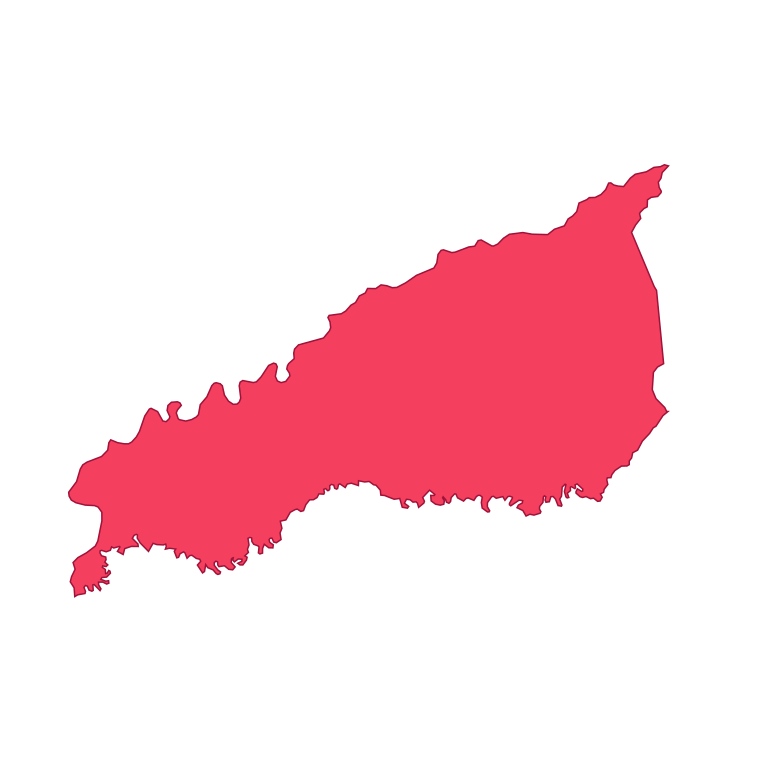 outline of Villanueva, Casanare, Colombia, rotated 103°
{"feature_id": "7082276B89877473443630", "entity_name": "Villanueva", "entity_type": "district", "adm_level": 2, "iso_a3": "COL", "parent_name": "Colombia", "parent_adm1": "Casanare", "projection": "mercator", "projection_center": [-72.768, 4.503], "detail": "fine", "context": "isolated", "style": "filled", "palette": "rose", "viewbox_px": 768, "rotation_deg": 103, "n_neighbors": 0, "source": "geoboundaries", "source_scale": "gbopen_adm2", "svg_char_len": 6171}
<svg xmlns="http://www.w3.org/2000/svg" viewBox="0 0 768 768"><g transform="rotate(103 384 384)"><path d="M365.1,476.1L370.1,479.0L374.2,478.9L379.5,477.2L385.6,481.5L388.1,482.2L391.3,482.1L394.6,478.7L397.3,477.5L403.6,480.3L405.8,484.6L405.0,488.6L401.0,491.6L391.2,491.9L388.7,493.8L388.5,496.3L391.9,500.6L404.6,505.3L410.6,508.8L412.0,511.7L412.4,522.4L414.6,524.6L418.2,524.7L430.0,520.4L434.0,520.9L436.6,522.6L437.7,526.4L435.7,531.7L430.7,537.0L422.1,541.1L420.6,543.6L420.5,547.8L421.5,549.7L424.4,551.4L436.4,553.7L445.5,558.4L455.6,557.9L458.4,559.5L461.9,563.4L464.7,568.8L464.8,575.3L464.0,576.8L458.9,579.9L455.7,579.4L450.4,576.7L448.3,578.6L447.8,581.3L449.6,587.0L453.5,589.7L458.6,589.4L464.0,585.3L466.2,585.5L469.7,587.8L469.8,591.2L461.8,598.4L460.1,605.5L461.2,607.0L469.0,609.9L485.2,611.6L491.3,613.4L497.2,616.7L499.7,619.4L500.7,623.5L501.1,630.3L499.9,637.7L503.1,638.9L510.6,638.3L518.2,642.9L526.9,655.8L530.5,659.3L535.2,660.8L548.3,661.6L560.4,666.9L564.1,665.6L567.4,662.6L569.0,657.5L569.2,647.9L567.6,638.6L568.2,634.9L572.4,630.1L580.8,628.1L601.3,627.5L606.8,628.8L615.4,635.9L622.0,643.2L627.9,646.8L634.0,643.3L642.0,645.1L647.3,645.2L652.3,640.1L660.7,637.5L658.3,635.0L655.4,628.2L653.2,628.2L649.7,630.6L647.5,629.6L647.7,627.6L651.2,625.0L651.6,622.0L650.5,620.9L645.2,622.5L644.6,621.3L649.2,614.2L647.3,613.7L644.0,616.8L641.3,617.6L640.3,613.5L641.3,609.2L640.0,607.3L637.6,608.1L638.7,610.7L638.0,616.0L636.0,615.3L634.5,610.8L629.9,608.0L628.0,608.9L627.6,610.3L630.5,611.1L631.3,612.6L627.4,613.8L626.0,617.2L624.5,617.2L624.4,613.7L622.4,612.4L620.3,616.0L617.7,615.3L615.2,616.2L614.9,620.6L612.4,622.8L610.5,623.1L609.6,621.8L610.0,617.0L607.6,613.2L604.0,612.8L604.6,610.4L601.8,605.4L602.2,604.6L607.1,606.1L608.8,599.8L602.7,599.6L599.1,593.7L597.6,586.9L595.2,587.8L591.0,594.5L587.6,593.4L586.2,591.5L586.6,590.3L589.6,589.8L593.8,585.7L600.1,575.8L591.2,573.2L591.6,569.3L590.4,562.7L589.1,560.7L591.2,559.6L594.1,559.9L592.3,556.1L591.7,549.8L594.2,550.7L600.0,546.8L599.1,545.2L595.2,544.5L592.6,541.5L593.4,539.9L598.1,536.7L594.9,534.7L594.1,532.6L596.2,527.7L596.2,524.1L598.0,522.7L602.4,525.1L608.9,518.3L607.1,516.7L600.1,517.1L602.6,514.4L603.6,508.7L606.5,504.8L606.9,503.0L605.8,501.2L603.9,501.0L602.5,504.2L598.8,508.6L596.3,509.2L594.5,508.0L594.7,506.2L597.8,505.2L599.1,503.7L597.0,498.6L599.5,493.6L599.1,489.6L595.7,487.9L592.3,492.7L589.0,493.3L587.7,492.6L587.3,491.8L589.5,491.8L591.0,489.7L587.3,486.7L586.7,483.0L588.7,482.6L591.6,486.2L592.7,483.6L592.0,480.8L586.6,478.4L583.6,478.4L582.8,481.0L578.6,478.2L575.8,479.9L571.3,479.3L565.0,481.8L563.7,480.2L563.7,478.4L567.2,477.3L569.5,474.9L570.1,470.2L571.0,469.1L576.8,468.4L577.5,466.7L576.1,464.3L571.6,465.3L567.1,464.6L569.5,459.4L568.7,455.4L565.6,455.7L564.0,459.7L561.5,461.0L559.9,460.2L559.4,458.5L562.8,455.9L562.9,453.2L558.7,449.3L552.5,451.8L547.6,451.0L541.0,454.2L538.5,449.0L530.1,446.5L526.4,442.4L525.4,440.3L526.9,436.4L525.5,433.9L519.1,433.0L513.6,430.4L512.6,426.7L509.7,423.7L505.7,422.7L504.9,417.9L503.3,417.6L500.2,419.0L499.0,417.2L500.6,415.1L500.2,413.9L498.5,413.2L495.3,414.0L493.7,412.7L493.8,410.2L496.7,408.6L497.1,406.6L496.3,405.7L492.2,405.7L491.2,404.5L493.6,398.5L489.7,397.3L488.0,393.5L488.7,386.1L484.0,387.0L483.8,380.8L482.3,376.5L484.5,371.5L484.4,369.0L488.3,363.7L493.0,362.1L492.5,358.4L494.0,348.2L492.0,342.9L500.0,338.5L499.7,333.2L497.7,332.4L495.5,337.3L491.3,336.2L490.9,332.5L492.6,329.2L491.6,326.3L492.6,324.6L496.4,322.5L491.1,318.4L489.2,318.2L485.9,320.8L477.2,315.7L480.2,309.6L481.3,310.0L482.0,313.4L487.3,311.8L489.5,306.8L489.4,301.9L487.7,298.7L484.2,298.9L481.7,301.3L480.6,301.0L483.0,297.7L485.1,296.6L485.6,293.9L483.6,292.7L479.6,293.0L475.2,290.5L475.0,289.2L478.4,286.7L480.2,280.1L477.1,278.3L476.1,276.4L477.2,270.2L473.0,268.7L471.3,267.2L470.9,265.2L472.2,262.8L477.6,262.5L482.8,260.4L485.4,254.4L484.9,252.8L483.8,252.5L480.3,255.7L476.3,256.5L469.5,253.7L468.8,251.9L470.1,249.0L467.0,242.9L470.1,240.0L465.9,238.0L465.1,236.5L465.3,233.8L466.1,233.2L472.1,234.9L473.5,234.6L474.2,233.1L466.9,226.3L466.5,222.6L468.8,222.5L471.7,225.8L474.6,226.6L476.1,220.2L480.7,215.9L478.1,212.6L478.0,208.4L474.8,202.8L473.1,202.4L470.9,204.4L468.3,204.8L463.6,202.5L458.1,203.3L456.9,202.6L457.4,201.0L460.8,201.0L462.8,199.6L461.5,196.4L456.3,196.1L455.6,193.9L457.6,191.0L463.3,187.1L463.1,183.6L462.0,183.4L456.6,186.9L453.4,185.8L444.3,187.2L440.9,185.0L441.2,184.1L448.3,184.0L453.1,181.3L453.8,179.9L453.0,178.4L449.2,180.8L445.9,178.3L442.7,179.2L441.9,178.4L443.0,174.5L442.0,174.0L439.3,175.1L437.9,173.4L441.7,166.6L443.7,166.4L444.2,167.3L442.6,172.0L445.7,172.7L447.1,172.4L449.7,167.6L449.9,165.0L448.2,161.8L449.3,157.0L448.1,154.0L450.3,149.5L449.4,147.1L445.3,145.9L442.4,148.4L440.2,145.7L437.0,145.8L431.6,143.3L427.2,145.4L425.2,145.3L424.2,141.8L421.0,141.6L416.3,139.5L410.6,134.2L409.2,128.8L407.4,126.9L403.9,127.7L400.4,126.1L395.0,126.2L391.4,122.0L381.5,119.4L372.4,114.1L366.1,111.8L364.0,109.5L352.1,105.1L346.9,101.1L347.1,102.5L343.8,105.1L337.1,115.7L329.2,121.3L312.0,124.1L305.9,121.3L301.3,116.1L231.5,139.5L228.2,142.7L180.6,176.9L172.4,174.6L164.9,171.1L160.6,173.3L159.0,172.9L154.6,170.2L152.2,167.4L145.3,168.7L142.0,165.6L139.7,159.5L135.3,157.1L133.8,157.2L130.6,160.1L125.6,162.1L121.3,160.4L115.4,160.5L107.5,155.9L107.3,160.1L110.1,163.6L112.2,169.7L118.2,176.1L123.1,186.4L128.0,190.3L137.7,194.9L138.5,200.6L138.4,205.0L137.0,208.2L137.7,210.3L144.7,211.7L150.5,215.1L154.7,220.2L156.2,225.9L158.8,227.9L163.8,234.7L172.7,235.0L177.9,238.0L181.7,241.7L189.3,243.8L194.9,252.8L201.6,258.1L204.7,273.3L205.2,282.8L209.9,295.5L215.1,300.4L222.0,304.6L224.9,308.3L225.2,310.0L221.8,321.7L223.1,324.5L229.3,326.6L231.4,332.2L239.5,344.3L240.7,347.5L239.9,356.2L240.9,358.4L245.5,360.5L254.2,359.8L259.8,361.5L270.8,376.8L280.7,385.8L287.0,393.2L288.3,397.6L287.6,403.4L288.1,409.2L292.9,413.5L294.6,421.5L299.5,422.7L303.7,427.8L311.1,430.1L314.7,434.0L321.5,437.7L325.2,441.5L329.5,452.9L331.8,453.6L335.8,450.5L341.2,448.6L344.4,449.1L352.8,453.3L365.1,476.1Z" fill="#f43f5e" stroke="#9f1239" stroke-width="1.5"/></g></svg>